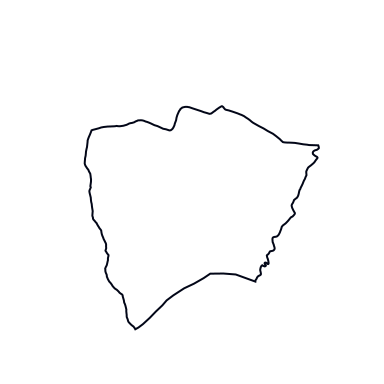 Halhal, Anseba, Eritrea, rotated 53°
{"feature_id": "51966322B6803620796687", "entity_name": "Halhal", "entity_type": "district", "adm_level": 2, "iso_a3": "ERI", "parent_name": "Eritrea", "parent_adm1": "Anseba", "projection": "mercator", "projection_center": [38.232, 16.031], "detail": "fine", "context": "isolated", "style": "outline", "palette": "ink", "viewbox_px": 384, "rotation_deg": 53, "n_neighbors": 0, "source": "geoboundaries", "source_scale": "gbopen_adm2", "svg_char_len": 6060}
<svg xmlns="http://www.w3.org/2000/svg" viewBox="0 0 384 384"><g transform="rotate(53 192 192)"><path d="M93.9,212.4L93.1,214.0L90.7,217.5L88.9,220.1L86.9,223.5L85.8,225.7L85.1,227.9L84.3,229.9L83.7,231.4L82.7,233.8L82.3,235.1L83.1,236.3L84.8,239.1L85.9,241.1L86.9,242.7L88.0,244.3L89.2,245.3L92.9,248.8L94.3,250.5L96.0,252.4L97.5,253.7L99.1,255.2L100.0,256.3L100.9,257.3L101.9,258.1L102.5,258.7L104.6,260.5L105.8,261.0L107.1,261.3L110.2,261.5L111.7,261.4L113.6,261.9L115.0,262.1L116.0,262.2L116.8,262.6L118.1,263.3L119.6,264.2L121.1,265.0L123.0,266.5L124.1,267.6L124.9,268.4L126.2,269.7L127.3,270.0L128.1,271.2L128.5,272.0L129.2,273.1L129.9,273.7L131.3,274.4L135.5,276.2L137.7,277.6L139.3,278.5L141.2,279.3L143.0,280.4L144.6,281.3L147.5,282.8L148.6,283.8L150.2,285.2L150.9,285.8L151.8,286.2L152.6,286.4L153.7,287.1L154.6,287.3L156.9,287.1L158.5,287.1L159.2,286.9L160.8,287.2L162.3,287.4L163.9,287.5L165.3,287.7L167.0,287.6L168.1,287.7L170.1,288.8L171.4,289.4L172.9,289.9L175.0,290.4L176.1,290.8L178.9,291.3L180.4,291.6L181.1,291.7L181.8,292.0L182.4,292.3L182.8,292.6L183.0,292.8L183.6,293.3L184.3,293.7L184.7,294.0L185.4,294.5L185.9,295.2L186.4,295.9L186.6,296.2L186.8,296.4L187.2,296.5L188.2,296.5L189.4,296.7L190.3,296.7L191.4,296.7L191.9,296.6L192.2,296.7L192.8,297.2L194.1,298.8L194.7,299.3L195.4,299.8L196.0,300.3L196.6,301.1L197.9,302.6L198.4,303.2L199.2,304.2L199.7,305.2L200.1,306.1L200.6,306.9L201.1,307.6L201.7,307.8L202.6,308.5L203.2,308.9L203.8,309.1L204.4,309.4L206.6,309.9L207.2,310.2L208.5,311.0L209.1,311.1L210.9,311.6L212.3,311.8L213.7,312.0L215.4,311.8L217.6,311.8L219.2,312.0L221.0,311.9L222.7,311.7L224.9,310.9L227.4,310.5L228.8,310.5L229.7,310.2L230.3,310.1L231.1,309.7L232.0,309.5L232.8,309.6L233.6,310.1L235.4,310.8L237.5,311.6L239.5,312.7L241.0,313.0L242.5,313.5L244.4,314.3L246.4,315.2L247.6,316.2L249.9,317.6L250.5,317.9L251.0,318.3L251.5,318.6L252.0,319.0L252.7,319.4L255.0,320.0L256.1,320.5L257.0,320.8L257.9,320.9L259.6,320.7L261.2,320.5L263.4,320.0L264.0,319.7L266.2,319.7L267.5,319.9L268.0,316.3L268.0,310.7L267.1,301.5L265.7,292.7L264.7,283.9L263.3,277.5L263.3,269.2L264.2,256.2L266.4,245.6L267.8,234.5L268.2,226.6L276.0,216.0L284.2,206.7L301.7,195.3L301.5,195.1L301.2,194.9L300.8,194.5L300.5,193.9L300.4,193.4L300.2,192.8L299.9,192.2L299.5,191.6L299.3,191.0L299.1,190.1L299.1,189.7L299.1,189.2L299.3,188.6L299.4,187.8L299.4,186.9L299.0,186.3L298.5,186.0L297.7,185.6L297.1,185.3L296.4,185.0L295.9,184.8L295.4,184.5L294.9,184.1L294.2,183.3L293.7,182.7L293.3,182.1L293.1,181.4L292.8,181.0L292.8,180.4L292.8,180.0L293.6,179.7L294.8,179.0L295.2,178.7L295.4,178.1L295.4,177.8L295.3,177.4L295.1,177.2L294.5,177.1L294.0,177.2L293.4,177.2L293.0,177.1L292.6,176.9L292.4,176.6L292.4,176.0L292.7,175.7L293.0,175.4L294.0,175.0L294.4,174.9L294.9,174.9L295.2,174.8L295.4,174.5L295.3,174.0L295.1,173.8L294.7,173.5L294.2,173.2L293.5,172.8L292.4,172.3L291.7,172.0L290.7,171.6L290.1,171.5L289.0,171.1L288.5,170.8L287.8,170.5L287.6,170.1L287.5,169.5L287.6,168.9L287.5,168.3L287.3,167.6L287.0,166.9L286.7,166.3L286.5,165.8L286.4,165.3L286.6,164.8L287.0,164.1L287.3,163.4L287.6,162.7L287.7,162.0L287.6,161.3L287.5,161.0L287.4,160.7L287.0,160.1L286.2,159.6L285.5,159.3L284.2,158.9L283.7,158.6L282.8,158.3L282.3,158.2L282.0,158.1L281.4,157.9L280.5,157.7L279.9,157.3L278.3,156.3L277.9,156.0L277.6,155.7L277.3,155.3L277.1,154.9L277.1,154.5L277.2,153.9L277.5,153.1L278.1,152.2L278.4,151.4L278.6,150.7L278.5,149.5L278.3,148.5L277.7,147.2L276.9,145.7L276.2,144.7L275.6,143.6L274.5,142.1L273.9,141.4L273.5,140.1L273.4,139.3L273.4,137.8L273.4,136.1L273.2,134.8L272.9,132.9L272.5,131.2L272.0,129.3L271.8,128.2L271.8,127.6L272.1,126.6L272.0,125.9L271.8,124.7L271.5,123.5L271.2,122.9L270.7,122.5L267.6,122.1L266.1,121.8L264.8,121.5L262.9,120.7L262.4,120.2L261.9,119.3L261.4,117.9L260.9,117.0L260.6,116.5L259.8,115.3L259.8,114.5L259.7,113.2L259.8,112.1L259.6,111.2L259.2,110.2L258.8,109.4L257.6,107.8L256.5,106.6L255.7,105.6L255.2,105.0L255.0,104.2L254.7,103.6L254.2,102.9L253.8,102.2L253.4,101.3L252.0,98.6L251.3,97.5L250.7,96.5L250.1,95.4L249.8,94.6L249.3,93.6L248.7,92.8L248.2,91.9L247.8,91.1L247.4,90.4L246.9,90.1L246.1,89.6L244.9,88.8L244.3,88.3L243.9,87.6L243.2,86.3L242.4,84.6L242.3,83.6L242.3,82.4L242.3,81.9L242.3,80.8L242.1,77.6L241.8,76.0L241.4,74.9L241.2,74.4L241.0,73.7L240.5,71.6L240.1,71.1L239.5,71.0L239.0,71.1L238.4,71.4L237.9,71.6L237.0,72.0L235.4,72.4L234.7,72.5L234.3,72.5L233.2,71.8L232.8,71.2L232.6,70.4L232.6,69.7L232.7,69.0L232.8,68.5L233.4,67.0L233.5,66.6L233.5,65.6L233.5,65.1L233.3,64.3L232.7,63.9L231.9,63.5L231.0,63.2L230.7,63.1L225.0,70.2L223.5,71.6L220.9,74.4L217.7,77.4L214.7,80.3L211.9,83.6L209.6,86.5L208.4,87.9L207.4,88.9L206.8,89.4L206.1,89.5L205.3,89.7L204.6,89.8L203.8,89.9L202.9,90.0L202.4,90.1L198.0,91.2L194.2,92.3L188.9,94.8L184.3,96.6L179.6,98.9L173.6,101.5L171.7,102.1L169.7,102.5L167.6,103.1L164.9,104.1L162.7,104.8L161.9,105.2L161.2,105.6L160.3,106.0L159.3,106.7L156.6,108.3L152.0,111.4L148.9,113.6L146.9,115.3L146.6,115.5L145.7,115.9L144.8,115.9L143.7,116.0L143.3,115.9L143.0,115.9L142.4,116.1L141.9,116.2L141.7,116.3L141.5,116.5L141.3,116.9L141.0,119.5L140.9,123.0L141.0,124.8L140.9,126.4L140.9,127.7L140.9,129.2L140.8,129.6L140.6,130.0L140.3,130.6L140.1,131.0L139.7,131.3L138.0,132.5L135.4,134.5L133.0,136.0L125.7,141.1L122.7,143.1L122.1,143.7L121.6,144.2L121.1,144.6L120.4,145.5L119.9,146.2L119.4,147.3L119.0,148.2L118.7,149.0L118.8,150.1L118.7,151.0L118.8,151.3L119.1,151.9L119.6,153.6L120.3,154.9L121.7,157.4L123.3,159.6L125.1,161.5L127.0,164.5L128.3,166.1L128.8,167.2L129.2,167.8L129.5,168.6L129.8,169.5L129.9,170.0L129.9,171.3L129.9,171.7L129.7,172.2L129.2,173.0L127.6,174.1L126.2,175.1L124.1,177.0L121.4,178.4L118.6,179.9L116.0,181.8L112.5,183.6L110.4,184.8L109.0,185.7L107.7,186.7L106.4,187.4L105.2,188.3L104.5,189.0L103.9,189.7L102.4,191.9L102.3,192.1L102.1,193.2L101.8,194.1L101.6,195.1L101.6,195.9L101.2,197.1L100.7,198.4L99.9,199.9L99.5,201.0L99.2,202.9L98.9,204.1L98.4,205.3L98.0,206.4L97.7,207.1L96.7,208.9L96.1,210.0L95.0,211.4L93.9,212.4Z" fill="none" stroke="#020617" stroke-width="2"/></g></svg>